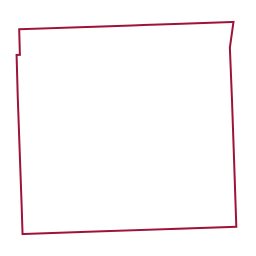 the district of Franklin, Kansas, United States of America, rotated 358°
{"feature_id": "52423323B79202191155871", "entity_name": "Franklin", "entity_type": "district", "adm_level": 2, "iso_a3": "USA", "parent_name": "United States of America", "parent_adm1": "Kansas", "projection": "robinson", "projection_center": [-95.306, 38.564], "detail": "fine", "context": "isolated", "style": "outline", "palette": "rose", "viewbox_px": 256, "rotation_deg": 358, "n_neighbors": 0, "source": "geoboundaries", "source_scale": "gbopen_adm2", "svg_char_len": 341}
<svg xmlns="http://www.w3.org/2000/svg" viewBox="0 0 256 256"><g transform="rotate(358 128 128)"><path d="M18.9,230.3L90.5,230.3L232.8,230.5L232.9,156.1L232.9,102.3L232.6,51.3L237.1,25.7L183.5,25.7L147.8,25.6L136.0,25.7L22.7,25.5L22.5,51.1L19.2,51.1L18.9,93.5L19.0,204.6L18.9,230.3Z" fill="none" stroke="#9f1239" stroke-width="2"/></g></svg>